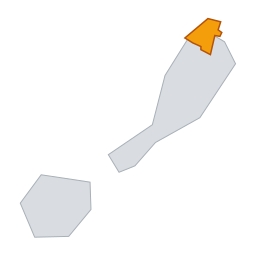 Saint Anne Sandy Point on a map of Saint Kitts and Nevis (Albers equal-area conic projection), rotated 91°
{"feature_id": "KNA-5100", "entity_name": "Saint Anne Sandy Point", "entity_type": "Parish", "adm_level": 1, "iso_a3": "KNA", "parent_name": "Saint Kitts and Nevis", "parent_adm1": "", "projection": "albers", "projection_center": [-62.834, 17.356], "detail": "fine", "context": "in_parent", "style": "filled", "palette": "amber", "viewbox_px": 256, "rotation_deg": 91, "n_neighbors": 0, "source": "natural_earth", "source_scale": "10m", "svg_char_len": 580}
<svg xmlns="http://www.w3.org/2000/svg" viewBox="0 0 256 256"><g transform="rotate(91 128 128)"><path d="M172.4,136.2L155.0,147.2L124.3,103.7L74.8,91.9L32.1,66.2L31.1,60.7L31.8,47.8L40.1,33.0L61.9,21.6L116.4,56.3L142.0,100.3L165.7,120.4L172.4,136.2ZM238.8,219.4L205.0,234.4L176.3,214.0L182.8,165.0L210.1,163.6L237.4,185.4L238.8,219.4Z" fill="#d9dde1" stroke="#a8b0b8" stroke-width="1"/><path d="M37.0,72.7L17.2,50.0L20.2,37.2L28.3,39.6L30.9,35.9L34.8,37.7L34.0,42.8L53.2,46.9L48.4,56.5L45.3,56.5L41.8,64.7L37.0,72.7Z" fill="#f59e0b" stroke="#b45309" stroke-width="1.5"/></g></svg>